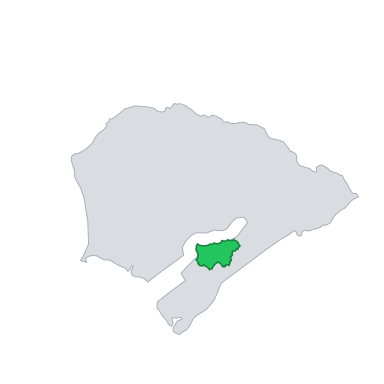 location of Medina Yoroufoula, Kolda, Senegal, rotated 323°
{"feature_id": "50182788B71056203552440", "entity_name": "Medina Yoroufoula", "entity_type": "district", "adm_level": 2, "iso_a3": "SEN", "parent_name": "Senegal", "parent_adm1": "Kolda", "projection": "natural_earth1", "projection_center": [-14.81, 13.235], "detail": "fine", "context": "in_parent", "style": "filled", "palette": "green", "viewbox_px": 384, "rotation_deg": 323, "n_neighbors": 0, "source": "geoboundaries", "source_scale": "gbopen_adm2", "svg_char_len": 7683}
<svg xmlns="http://www.w3.org/2000/svg" viewBox="0 0 384 384"><g transform="rotate(323 192 192)"><path d="M283.9,176.9L287.9,184.9L287.1,188.7L286.2,194.3L288.4,198.3L291.1,201.0L293.0,203.4L295.1,206.8L295.4,213.4L295.1,218.2L296.4,220.4L297.6,223.2L297.4,225.5L296.6,227.5L294.1,230.2L293.7,235.2L297.8,241.2L300.5,244.5L300.4,246.4L301.2,248.5L303.1,250.9L304.3,250.3L305.6,248.3L306.2,247.0L309.8,247.6L311.5,248.2L313.7,252.2L314.6,254.8L315.1,258.1L317.5,262.2L319.6,265.1L320.0,266.9L321.9,269.4L320.8,274.9L320.9,277.7L319.7,285.0L319.4,288.4L319.5,289.7L322.3,292.3L322.0,296.0L319.2,295.4L314.2,294.9L304.3,296.9L300.9,296.1L294.3,296.3L289.7,297.4L283.8,299.8L279.2,299.2L276.7,297.3L273.5,297.4L269.8,296.4L265.9,294.6L262.3,293.7L258.5,290.3L256.6,289.7L255.4,290.6L254.3,291.7L253.2,292.4L251.1,291.8L250.3,289.5L251.0,287.3L251.2,285.6L250.2,284.7L247.8,284.4L244.0,284.4L237.9,283.7L236.5,283.3L222.8,282.7L208.5,282.6L196.5,282.6L181.3,282.5L170.6,282.4L160.6,282.4L152.9,286.9L144.5,291.8L133.3,294.4L120.4,293.4L116.2,294.1L112.0,296.3L108.8,297.8L104.4,298.8L98.6,298.0L96.3,298.5L94.8,296.3L93.2,292.7L94.2,290.0L97.7,288.3L103.0,286.1L105.8,287.2L107.4,287.3L107.7,285.9L107.2,285.1L103.2,283.2L101.1,280.6L99.4,282.1L98.0,285.3L96.7,286.2L94.9,287.1L93.9,284.9L93.5,282.9L94.3,281.3L93.9,272.3L94.4,267.5L94.2,263.4L96.7,260.6L99.0,258.9L108.3,258.7L116.8,258.6L125.1,258.7L133.5,258.8L134.4,250.4L137.1,249.8L141.0,248.9L148.5,247.9L156.8,246.9L158.5,245.3L159.9,242.5L160.8,240.0L162.5,239.0L164.8,239.8L167.9,241.1L171.0,243.1L174.6,245.0L177.0,246.2L182.8,249.1L192.7,253.2L200.8,254.8L210.6,251.9L217.7,249.9L218.6,246.3L217.5,242.8L212.2,239.6L205.0,240.0L202.8,240.8L199.5,241.9L197.5,242.3L194.1,241.6L189.8,238.8L187.1,236.0L183.3,234.7L178.8,233.4L171.6,227.6L167.9,226.6L164.3,226.3L157.5,227.4L150.8,230.5L147.3,237.5L140.6,237.4L126.5,237.2L113.5,237.0L102.7,237.4L101.7,232.4L99.1,228.3L95.0,224.9L94.1,221.7L95.5,218.9L99.5,216.6L100.4,215.0L98.3,215.2L95.2,216.7L93.1,216.8L92.8,212.4L89.3,206.7L85.4,197.0L80.9,193.1L77.2,185.2L73.3,182.2L69.7,180.9L66.6,181.1L65.5,184.7L61.7,179.6L66.9,177.7L78.1,171.3L91.0,152.9L102.6,131.0L104.1,125.9L105.5,122.0L106.5,113.0L108.1,107.7L109.7,106.7L111.6,102.6L114.0,95.5L116.7,91.5L119.7,90.7L122.0,91.1L123.6,92.5L128.5,93.5L136.5,93.8L142.7,92.7L147.1,90.3L152.9,89.0L160.1,89.0L163.8,87.9L164.2,85.9L165.1,85.3L166.6,86.1L168.0,85.7L169.3,84.3L170.6,84.2L171.9,85.4L177.9,85.8L188.6,85.3L198.5,89.1L207.5,97.1L212.2,102.4L212.5,105.1L214.0,107.8L216.7,110.5L219.2,111.0L221.4,109.3L223.2,109.5L224.4,111.6L227.0,112.0L229.9,110.7L231.9,111.2L232.3,112.4L232.8,113.0L234.2,113.3L236.1,114.9L238.7,119.2L240.8,125.1L242.5,132.7L244.7,136.9L247.4,137.5L249.0,139.1L249.3,140.9L250.1,142.1L251.4,142.8L253.6,142.4L256.3,145.0L259.2,150.6L259.7,153.1L259.2,154.4L259.4,155.4L261.3,156.4L263.1,158.2L264.6,160.9L267.8,163.4L272.8,165.5L276.3,168.7L278.5,172.9L283.0,176.5L283.9,176.9Z" fill="#d9dde1" stroke="#a8b0b8" stroke-width="1"/><path d="M159.2,264.2L159.3,264.1L159.5,264.2L159.6,264.3L159.8,264.3L159.9,264.5L160.1,264.6L160.3,264.7L160.6,264.9L160.8,264.9L161.0,265.0L161.4,265.2L161.6,265.4L161.7,265.5L161.9,265.3L162.0,265.3L162.3,265.1L162.6,264.9L162.9,264.8L163.1,264.7L163.6,264.4L163.8,264.4L164.0,264.3L164.2,264.2L164.3,264.2L164.8,264.1L165.1,264.0L165.3,263.9L165.6,263.9L165.9,263.8L166.5,263.7L167.0,263.5L167.4,263.5L167.6,263.5L167.8,263.5L168.2,263.5L168.5,263.5L168.9,263.5L169.0,263.5L169.4,263.5L169.5,263.5L169.8,263.6L170.2,263.6L170.4,263.6L170.5,263.7L170.6,263.8L170.8,264.2L170.9,264.4L171.2,264.6L171.3,264.8L171.5,265.5L171.6,266.0L171.6,266.5L171.8,266.8L171.9,267.5L171.8,267.8L171.8,268.0L171.8,268.3L171.7,268.5L171.6,268.8L171.4,269.5L171.5,269.6L171.7,269.8L171.8,270.1L171.9,270.5L172.0,270.7L172.4,270.6L172.5,270.5L172.6,270.4L172.9,270.5L173.0,270.9L173.2,271.1L173.2,271.3L173.3,271.3L173.4,271.5L173.6,271.4L173.8,271.2L174.0,271.1L174.0,270.9L174.1,271.0L174.3,271.1L174.5,271.2L174.9,270.8L175.1,270.6L175.3,270.7L175.6,270.7L175.8,270.8L176.0,271.2L176.4,271.4L176.4,271.5L176.5,271.6L176.8,271.9L177.0,272.2L177.0,272.6L177.2,273.0L177.3,273.0L177.4,272.9L177.6,272.9L177.8,272.8L178.0,272.7L178.5,272.3L178.8,272.2L179.0,272.1L179.1,271.9L179.2,271.6L179.4,271.4L179.6,271.3L179.7,271.2L179.9,271.2L180.0,271.2L180.2,270.7L180.3,270.6L180.5,270.4L180.6,270.6L180.8,270.6L181.0,270.4L181.2,270.5L181.3,270.5L181.4,270.4L181.5,270.2L181.8,270.2L181.8,270.3L182.0,270.3L182.0,270.1L182.3,269.8L182.4,269.7L182.7,269.5L182.8,269.3L183.0,269.2L183.1,268.9L183.1,268.7L183.1,268.3L183.1,268.1L183.1,267.9L183.4,267.7L183.5,267.4L183.5,267.2L183.8,267.2L184.1,267.0L184.3,267.0L184.3,266.9L184.2,266.7L184.3,266.7L184.5,266.7L184.5,266.8L184.8,267.0L185.0,266.8L185.3,266.7L185.5,266.8L185.8,266.9L186.1,266.6L186.4,266.5L186.4,266.4L186.5,266.3L186.6,266.2L186.7,265.8L186.8,265.7L187.0,265.5L187.1,265.4L187.2,265.2L187.3,265.0L187.6,264.7L188.2,264.1L188.3,264.2L188.7,264.2L188.9,264.0L189.0,264.0L189.4,263.9L189.6,263.9L189.9,264.2L190.0,264.2L190.1,264.3L190.4,264.7L190.8,265.0L191.0,265.1L191.3,265.0L191.4,264.9L191.8,264.8L192.1,264.6L192.8,264.5L193.1,264.4L193.3,264.4L193.5,264.6L193.7,265.1L193.8,265.3L194.0,265.5L194.4,265.1L194.6,264.9L194.9,264.7L195.1,264.6L195.4,264.4L196.3,264.3L196.6,264.1L197.0,264.1L197.3,263.8L197.9,263.9L197.8,263.5L197.7,263.0L197.8,262.2L198.2,260.7L198.3,260.0L198.2,259.5L198.2,259.4L198.1,259.0L198.0,258.2L197.9,258.0L197.8,257.6L197.4,256.9L197.1,256.3L196.8,255.8L196.5,255.3L196.4,255.3L196.5,255.2L196.1,255.2L195.9,255.1L195.7,255.0L195.4,254.9L194.8,254.7L194.7,254.6L194.3,254.4L194.0,254.1L193.7,254.0L192.7,253.1L192.4,252.6L192.2,252.3L192.0,252.0L191.9,251.9L191.8,251.7L191.7,251.6L191.1,251.7L190.8,251.6L190.5,251.6L190.3,251.6L190.1,251.6L189.6,251.5L189.4,251.4L188.7,251.0L188.3,250.7L188.1,250.5L187.8,250.2L187.6,250.0L187.2,249.4L186.8,248.8L186.5,248.8L185.8,249.3L185.3,249.6L185.0,249.6L184.6,249.7L184.4,249.6L184.0,249.7L183.7,249.7L183.1,249.6L182.8,249.5L182.3,249.3L182.2,249.2L181.9,249.0L181.6,248.8L181.4,248.7L181.2,248.6L180.4,248.1L180.2,247.9L180.0,247.6L179.9,247.5L179.7,247.3L179.6,247.1L179.3,246.5L179.2,246.3L179.2,246.1L179.0,245.9L178.9,245.9L178.4,246.0L177.9,246.0L177.7,246.0L177.2,245.9L176.8,245.8L176.1,245.4L175.6,244.9L175.3,244.5L175.1,244.4L174.7,244.5L173.6,244.4L173.2,244.4L172.6,244.2L172.4,244.1L172.0,243.9L171.9,243.8L171.5,243.6L171.4,243.6L171.1,243.4L170.6,243.2L169.7,242.6L169.4,242.4L168.9,242.2L168.5,241.8L167.9,241.3L167.2,240.5L166.7,240.0L166.4,239.5L166.0,239.1L165.7,238.5L165.5,238.1L165.3,237.3L165.1,236.8L164.8,237.0L163.9,237.3L162.9,237.7L162.8,238.2L161.8,239.2L161.7,239.3L161.1,239.9L161.0,240.0L160.5,240.3L160.4,240.8L160.1,243.0L159.8,243.8L159.7,244.6L159.6,244.9L159.5,245.1L159.4,245.4L159.2,245.8L158.4,246.6L157.4,247.6L156.8,248.0L156.2,248.4L155.4,248.5L154.5,248.7L154.5,249.0L154.5,249.3L154.5,250.0L154.5,250.5L154.5,251.1L154.5,251.3L154.5,251.9L154.5,252.2L154.4,252.3L154.3,252.5L154.2,252.8L154.0,253.0L153.9,253.0L154.0,253.1L153.9,253.2L153.8,253.3L153.8,253.7L153.9,254.4L154.0,254.7L153.9,255.2L154.0,255.3L154.0,255.6L154.3,255.8L154.5,256.1L154.7,256.3L154.8,256.4L154.9,256.5L155.2,256.6L155.4,256.8L155.7,257.0L155.8,257.1L155.9,257.3L156.0,257.4L156.2,257.0L156.3,256.9L156.4,257.0L156.8,257.1L157.3,257.4L157.4,257.5L157.7,257.5L158.0,257.7L158.1,258.1L158.2,258.4L158.1,258.6L158.1,258.8L158.1,259.2L158.2,259.6L158.3,259.8L158.7,260.5L158.9,261.0L159.1,261.8L159.2,262.3L159.3,262.5L159.2,263.2L159.2,263.5L159.2,264.0L159.2,264.2Z" fill="#22c55e" stroke="#15803d" stroke-width="1.5"/></g></svg>